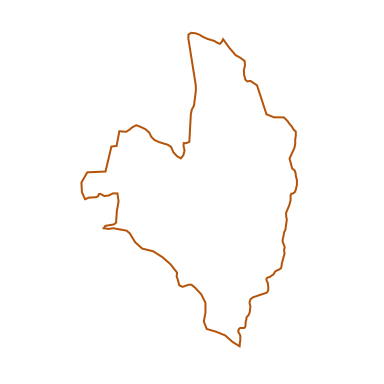 outline of Iringa, rotated 84°
{"feature_id": "TZA-3386", "entity_name": "Iringa", "entity_type": "Region", "adm_level": 1, "iso_a3": "TZA", "parent_name": "United Republic of Tanzania", "parent_adm1": "", "projection": "albers", "projection_center": [35.62, -7.961], "detail": "fine", "context": "isolated", "style": "outline", "palette": "amber", "viewbox_px": 384, "rotation_deg": 84, "n_neighbors": 0, "source": "natural_earth", "source_scale": "10m", "svg_char_len": 2491}
<svg xmlns="http://www.w3.org/2000/svg" viewBox="0 0 384 384"><g transform="rotate(84 192 192)"><path d="M300.7,131.6L303.0,142.0L304.7,145.0L307.7,146.3L309.1,146.3L311.3,145.9L312.6,146.0L317.3,147.1L319.4,148.0L321.2,149.5L322.1,150.7L322.5,150.9L324.9,151.4L326.9,152.3L329.5,152.6L331.0,152.9L331.7,153.3L332.3,153.7L332.6,154.1L332.7,154.5L332.3,157.7L332.5,158.8L333.2,159.7L335.1,160.5L336.7,160.3L338.1,159.6L339.5,159.1L340.3,159.0L345.4,159.6L346.9,160.2L347.2,160.3L348.3,160.3L350.4,160.8L345.4,167.3L338.1,174.0L333.5,182.6L329.8,191.6L322.1,193.8L313.2,191.2L303.6,190.2L294.7,193.5L287.3,199.1L284.2,202.2L284.0,203.3L283.9,204.6L284.1,206.3L284.6,208.0L285.3,211.4L283.5,214.4L277.6,215.3L274.4,216.1L270.6,215.3L261.8,220.8L253.9,228.0L246.9,236.8L243.1,247.4L236.0,253.8L226.6,258.2L223.6,261.1L219.8,274.1L220.0,278.9L218.8,283.6L216.6,281.7L216.1,273.1L214.5,270.7L202.9,268.7L193.7,266.0L185.6,266.3L185.1,270.8L186.7,274.9L186.9,279.5L184.3,283.3L184.4,284.9L186.3,285.7L187.2,287.8L186.8,295.1L188.0,299.1L180.7,301.5L171.1,301.0L161.5,294.1L162.6,275.9L138.4,267.4L138.3,262.2L124.0,257.9L125.2,251.2L123.5,247.7L121.4,244.6L119.8,240.4L121.9,236.2L124.7,231.7L128.4,228.3L132.7,226.8L136.3,224.0L138.9,219.6L142.5,211.1L145.0,208.1L150.5,206.4L155.0,203.0L157.4,199.6L154.6,196.8L150.0,195.1L145.2,195.6L142.5,195.1L142.8,192.5L141.8,189.4L114.4,185.0L110.1,183.6L106.3,181.0L91.3,177.5L86.1,177.1L39.0,179.6L35.1,179.1L33.6,176.1L34.5,172.0L36.3,168.2L39.1,164.5L41.4,160.5L44.1,154.0L46.1,151.5L47.6,148.7L45.9,146.8L43.3,145.1L52.2,140.0L60.5,134.3L63.6,129.9L67.1,126.0L71.7,126.1L76.3,127.7L81.0,127.9L85.8,127.2L87.8,125.5L87.6,122.3L92.7,116.2L122.5,109.8L126.3,102.7L127.4,92.8L131.2,89.7L135.5,87.3L137.2,85.9L139.2,85.1L141.1,84.0L142.6,82.5L146.5,82.8L150.7,83.9L154.9,84.3L159.0,85.6L168.9,91.5L179.1,89.9L181.2,87.7L184.1,87.0L187.5,87.0L190.9,86.4L195.8,86.9L200.5,88.5L202.8,89.7L204.1,91.8L204.1,93.4L205.5,94.3L210.4,94.8L215.3,96.6L222.5,100.6L226.1,100.9L229.4,100.6L238.3,102.8L239.3,103.1L241.2,104.3L242.7,104.9L244.4,105.3L248.4,106.7L250.6,107.1L256.4,105.6L257.9,106.0L258.7,106.4L259.9,106.5L262.1,106.4L263.5,106.6L272.6,110.2L274.6,110.6L277.0,111.3L278.1,113.2L278.8,115.5L279.8,117.6L280.3,118.1L281.8,119.0L282.6,119.8L283.8,122.2L284.3,122.9L284.7,123.7L285.0,125.7L285.4,126.5L286.6,127.2L288.0,127.0L290.7,126.1L295.4,126.1L297.8,126.6L299.6,127.7L300.2,129.2L300.7,131.6Z" fill="none" stroke="#b45309" stroke-width="2"/></g></svg>